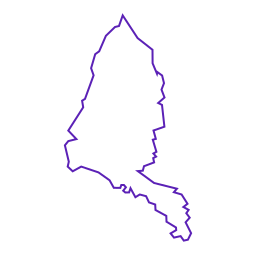 Gazi Baba, Gazi Baba, North Macedonia (Equal Earth projection)
{"feature_id": "65306769B82299046319271", "entity_name": "Gazi Baba", "entity_type": "district", "adm_level": 2, "iso_a3": "MKD", "parent_name": "North Macedonia", "parent_adm1": "Gazi Baba", "projection": "equal_earth", "projection_center": [21.531, 42.028], "detail": "fine", "context": "isolated", "style": "outline", "palette": "violet", "viewbox_px": 256, "rotation_deg": 0, "n_neighbors": 0, "source": "geoboundaries", "source_scale": "gbopen_adm2", "svg_char_len": 1052}
<svg xmlns="http://www.w3.org/2000/svg" viewBox="0 0 256 256"><path d="M122.7,15.4L119.0,26.0L115.0,27.0L105.9,35.8L99.2,51.3L95.2,54.2L91.1,68.2L93.6,75.3L85.0,98.9L82.1,100.7L83.2,107.3L68.3,130.6L76.4,139.1L68.3,141.1L64.9,145.3L68.8,161.7L67.7,166.6L72.7,171.3L81.2,166.6L98.5,172.4L109.6,180.3L113.8,187.8L120.3,187.9L121.3,185.0L123.9,185.0L125.9,187.3L123.2,190.7L125.3,192.5L129.1,192.4L130.5,188.2L135.4,197.2L139.8,194.5L146.1,196.2L149.0,202.4L155.2,204.5L155.5,210.0L166.3,215.9L166.5,221.7L176.0,227.5L176.2,230.1L170.6,233.4L174.0,237.6L180.6,236.1L183.8,240.6L187.9,239.7L191.1,233.2L185.6,222.3L189.7,217.7L186.3,213.2L188.6,209.9L183.4,207.0L187.5,203.8L181.6,194.5L173.9,192.2L176.9,188.7L154.1,183.0L137.8,171.1L142.8,170.7L144.0,166.2L154.1,162.4L153.2,158.1L156.1,156.6L153.4,153.5L156.4,151.8L152.8,139.7L155.8,138.9L153.5,130.5L164.4,126.7L162.0,104.9L158.2,103.0L164.5,97.5L161.5,89.6L164.0,83.2L162.1,75.5L157.4,72.1L157.0,73.8L152.6,63.3L152.5,49.8L137.6,38.1L122.7,15.4Z" fill="none" stroke="#5b21b6" stroke-width="2"/></svg>